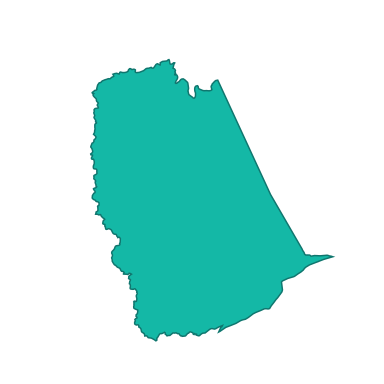 Itupiranga, Pará, Brazil (Natural Earth projection), rotated 67°
{"feature_id": "56859067B73095906204951", "entity_name": "Itupiranga", "entity_type": "district", "adm_level": 2, "iso_a3": "BRA", "parent_name": "Brazil", "parent_adm1": "Pará", "projection": "natural_earth1", "projection_center": [-49.924, -5.078], "detail": "fine", "context": "isolated", "style": "filled", "palette": "teal", "viewbox_px": 384, "rotation_deg": 67, "n_neighbors": 0, "source": "geoboundaries", "source_scale": "gbopen_adm2", "svg_char_len": 6012}
<svg xmlns="http://www.w3.org/2000/svg" viewBox="0 0 384 384"><g transform="rotate(67 192 192)"><path d="M331.3,222.1L331.2,220.7L329.8,213.7L330.0,208.7L330.1,202.9L329.4,197.5L329.5,195.3L330.0,192.5L329.5,189.1L328.0,183.2L327.8,180.2L327.9,175.5L327.8,171.1L328.3,169.5L329.4,167.6L329.6,166.1L327.7,163.5L325.6,159.7L323.8,156.7L322.8,154.5L319.1,148.3L317.5,147.0L309.8,144.8L309.2,143.5L309.0,137.5L309.7,131.4L309.6,130.2L308.8,126.7L308.2,123.0L307.3,120.0L306.2,118.2L305.6,116.4L305.0,112.2L305.5,97.1L306.6,87.7L305.2,89.3L304.8,90.2L303.3,91.8L302.9,92.6L300.8,99.0L298.4,104.0L297.6,107.5L296.7,107.9L296.0,108.4L294.4,112.0L293.3,112.6L291.4,112.5L288.7,113.0L287.9,112.9L225.0,120.7L99.1,124.6L98.7,126.5L99.0,127.9L100.6,131.4L101.4,131.9L101.8,132.7L102.6,133.3L105.6,133.7L105.9,134.7L105.8,135.5L105.6,136.7L104.4,138.9L103.5,141.3L102.8,142.4L99.9,145.2L98.9,145.5L97.2,145.1L96.3,145.4L96.1,146.5L96.1,147.4L96.8,148.4L98.2,149.3L100.1,149.9L102.3,150.1L105.2,151.4L106.3,152.6L106.5,153.5L105.9,154.2L105.2,154.4L103.1,155.7L101.1,156.8L99.4,156.6L98.3,156.3L97.6,156.4L95.5,154.8L94.7,154.5L90.1,153.3L89.3,153.3L85.9,154.8L84.4,155.9L84.0,157.5L84.2,158.5L85.4,160.9L85.4,161.8L85.9,163.4L85.8,164.3L85.1,164.7L83.8,163.6L82.1,161.3L81.3,160.6L80.3,160.2L78.6,160.2L77.9,160.7L77.8,161.5L77.3,162.1L76.6,161.6L76.4,160.7L74.6,160.8L74.2,160.1L73.5,159.7L71.9,160.0L70.6,161.1L67.3,158.7L66.9,157.9L66.3,157.5L65.9,158.5L66.4,160.3L66.2,161.1L65.8,162.0L65.1,162.1L61.9,161.4L61.1,161.5L61.0,162.3L61.4,163.2L61.5,164.1L60.3,168.1L60.6,170.8L61.7,171.1L62.6,171.8L60.5,173.6L60.4,174.6L60.6,175.4L62.7,178.7L62.8,179.5L62.3,180.4L61.3,180.9L61.2,183.3L60.6,185.0L60.5,186.1L61.4,189.1L61.3,193.7L60.4,196.5L59.8,197.2L59.0,197.3L58.4,196.8L57.4,196.4L56.7,196.9L56.2,197.6L55.8,199.5L54.5,200.3L54.1,201.3L54.8,202.8L55.9,203.7L56.1,205.5L55.7,207.3L55.0,209.1L53.6,211.0L53.7,211.8L54.9,212.8L54.5,213.6L53.3,214.9L52.8,216.9L52.7,218.8L53.5,218.6L55.0,218.9L55.1,221.5L55.5,222.2L55.7,223.2L55.4,224.1L55.0,224.7L54.9,226.8L54.7,228.1L54.7,231.3L55.5,233.1L55.3,234.9L56.7,237.1L59.6,239.3L60.5,239.5L60.8,240.4L60.5,242.0L61.2,243.7L61.2,244.5L61.7,245.2L62.4,244.8L63.0,244.1L63.2,244.9L64.0,244.9L64.6,245.3L66.7,244.7L68.4,243.9L69.1,243.8L70.7,244.3L71.6,244.2L72.9,243.6L73.7,243.7L74.7,245.1L75.5,245.4L76.2,245.1L77.9,245.3L77.9,246.1L77.3,248.5L77.6,249.4L78.1,250.1L79.5,250.4L80.8,251.5L83.8,251.7L84.9,253.0L85.8,253.1L88.5,252.6L89.1,253.1L89.8,253.3L90.4,252.7L91.3,253.1L91.3,253.9L91.6,254.6L92.2,255.2L94.6,256.2L96.1,256.6L97.4,257.6L98.8,258.3L99.5,258.9L100.4,260.1L102.7,259.1L103.5,258.9L104.3,259.1L105.4,260.5L105.5,261.4L106.0,262.1L106.9,262.3L107.5,263.0L108.0,263.9L108.0,264.9L110.4,267.2L111.0,267.6L112.9,267.2L115.5,267.4L116.4,267.9L116.9,268.6L117.4,270.4L118.3,270.5L119.2,269.2L119.8,269.5L121.4,271.3L122.2,271.5L122.9,271.1L123.2,270.0L124.1,269.8L125.9,270.1L127.8,271.0L129.6,272.7L131.0,273.3L132.0,273.4L132.6,272.8L133.4,271.3L134.3,271.0L135.0,271.1L136.6,271.9L137.5,272.0L138.0,272.6L138.3,273.4L138.4,275.4L138.9,276.2L139.7,276.2L141.2,277.1L141.9,277.1L143.5,276.3L144.5,276.5L144.9,277.2L146.0,277.5L146.9,277.6L147.6,277.5L149.3,278.1L150.0,277.7L150.4,278.4L150.5,279.4L150.3,280.5L150.6,281.5L152.6,281.3L153.4,280.9L154.2,281.2L154.8,281.9L154.8,282.8L156.3,285.0L158.3,286.1L159.0,286.2L160.5,285.5L161.2,284.7L162.2,284.1L163.1,284.0L163.7,283.4L164.3,282.4L165.7,281.8L167.4,282.6L168.1,283.2L168.0,284.1L168.5,284.6L169.4,284.7L172.1,285.7L172.7,286.5L173.0,288.2L173.6,288.4L174.8,289.4L175.6,287.7L176.8,286.6L176.8,285.8L177.1,285.0L179.3,284.9L180.0,284.4L180.9,284.2L182.2,283.2L183.0,283.0L183.6,284.6L184.1,285.2L186.0,286.4L186.8,286.3L187.8,284.9L189.5,285.6L190.2,285.3L191.1,285.7L192.6,285.8L193.1,285.1L193.1,283.4L193.4,282.6L194.7,281.5L195.4,281.1L198.7,280.9L199.5,280.7L200.2,280.2L200.9,279.3L201.1,278.6L201.8,278.3L203.3,278.4L204.0,278.1L205.0,278.1L205.0,277.3L205.3,276.6L206.1,276.3L207.0,276.2L210.5,277.9L211.0,278.7L211.7,278.7L212.4,279.1L212.6,279.9L211.9,282.8L212.1,283.8L214.4,286.1L215.5,288.8L216.2,289.5L216.9,289.8L218.9,289.8L220.0,290.4L221.2,291.7L223.0,291.9L224.7,292.5L227.6,292.1L228.8,291.8L229.6,291.0L232.0,290.1L233.8,288.4L234.7,288.1L235.6,288.2L237.3,287.9L238.4,286.4L239.1,286.0L239.8,286.0L240.2,286.8L240.8,287.1L242.1,284.4L242.7,283.6L242.7,282.4L242.2,281.6L242.8,280.7L244.0,279.8L244.7,282.7L245.2,283.3L246.1,283.6L246.6,284.1L247.3,284.0L248.0,283.3L248.9,283.0L250.1,284.3L252.0,285.5L252.7,285.0L254.1,285.3L255.6,286.0L256.1,286.5L256.9,286.6L257.5,286.2L258.5,284.4L258.7,283.7L258.6,282.8L259.1,282.1L259.8,282.1L260.4,281.7L262.2,281.6L262.8,282.1L263.6,281.9L264.3,282.2L265.4,283.6L266.1,284.0L268.9,284.5L270.9,285.9L270.8,286.7L270.2,287.1L269.9,287.9L270.4,288.6L271.2,288.5L272.6,289.4L273.3,289.4L274.6,290.4L276.0,290.9L276.7,290.7L278.7,288.9L279.3,288.1L280.2,288.3L282.6,289.8L283.2,291.4L284.7,292.1L285.6,291.6L286.4,291.8L286.7,293.8L287.2,294.5L287.9,294.4L289.0,294.9L289.3,295.6L291.0,296.3L291.8,296.0L292.7,295.2L292.9,294.2L293.4,293.4L294.0,293.2L295.6,293.7L296.5,292.9L298.1,292.5L300.8,293.0L301.5,292.8L303.7,291.3L306.2,291.7L306.3,290.5L306.9,289.8L309.0,289.2L310.6,286.5L313.1,284.5L314.9,283.4L314.7,282.3L312.9,281.5L312.4,280.5L310.2,277.5L310.0,276.5L310.4,275.7L310.6,274.5L310.4,272.1L311.2,271.7L312.4,272.2L313.1,271.7L314.7,271.2L314.7,270.3L315.4,268.4L314.3,264.6L315.2,262.9L315.3,261.7L316.7,260.7L317.1,259.8L317.6,259.2L318.5,259.2L319.3,258.9L320.0,258.6L320.3,257.8L321.0,257.5L321.8,254.9L321.9,254.1L320.5,251.3L320.6,250.2L320.0,249.1L320.1,248.2L321.4,246.7L322.3,246.2L323.3,246.4L324.0,245.8L323.4,245.0L324.2,244.4L324.6,243.5L325.3,244.0L326.5,242.7L327.1,241.8L327.1,240.9L326.6,239.9L326.2,238.1L326.2,237.1L326.9,235.0L325.5,230.0L325.2,228.3L325.5,227.0L327.0,224.8L327.1,223.6L326.7,220.3L326.8,216.1L327.5,216.9L328.0,218.5L331.3,222.1Z" fill="#14b8a6" stroke="#0f766e" stroke-width="1.5"/></g></svg>